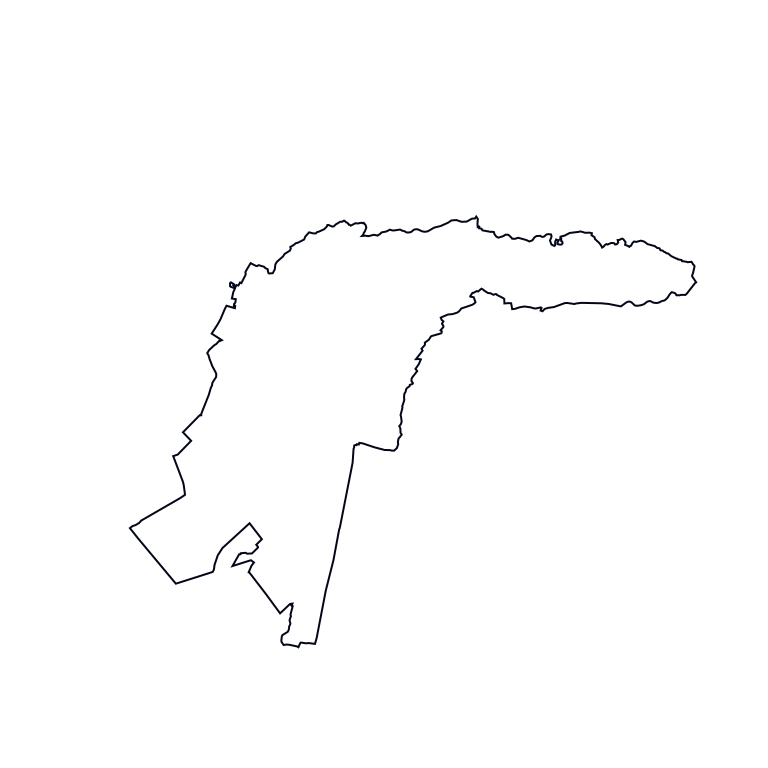 Cotesti, Vrancea, Romania, rotated 128°
{"feature_id": "2599482B92472174610530", "entity_name": "Cotesti", "entity_type": "district", "adm_level": 2, "iso_a3": "ROU", "parent_name": "Romania", "parent_adm1": "Vrancea", "projection": "natural_earth1", "projection_center": [27.048, 45.655], "detail": "fine", "context": "isolated", "style": "outline", "palette": "ink", "viewbox_px": 768, "rotation_deg": 128, "n_neighbors": 0, "source": "geoboundaries", "source_scale": "gbopen_adm2", "svg_char_len": 6150}
<svg xmlns="http://www.w3.org/2000/svg" viewBox="0 0 768 768"><g transform="rotate(128 384 384)"><path d="M657.0,483.1L669.5,425.1L637.6,403.3L635.1,403.7L630.8,406.2L621.4,409.5L612.7,410.3L576.5,404.2L581.5,384.7L589.3,385.7L589.9,383.0L590.5,382.6L598.8,383.7L602.0,387.4L602.2,389.1L605.6,392.7L606.5,392.3L607.4,393.3L620.7,391.3L605.1,380.6L604.8,380.3L604.7,376.6L609.0,376.5L615.7,374.7L615.5,373.8L622.3,347.4L628.7,324.7L615.1,322.6L613.5,321.0L615.5,320.7L615.6,320.4L615.0,319.9L615.2,319.2L623.1,315.8L624.3,314.4L628.3,313.0L630.2,310.5L631.0,310.0L633.5,309.4L636.3,307.7L638.6,307.3L644.6,309.5L646.0,309.0L649.3,307.0L650.3,306.0L651.5,302.4L649.3,300.4L647.7,297.9L644.3,290.9L644.1,289.4L639.8,290.5L638.9,290.3L636.3,285.7L634.6,284.0L631.3,278.4L625.6,280.7L582.6,302.7L553.9,315.4L526.2,329.8L524.5,330.3L465.3,360.3L453.8,368.1L452.8,368.3L450.8,369.6L449.6,368.9L449.1,368.0L448.1,368.3L447.2,366.6L445.6,367.2L443.9,364.2L439.7,352.4L435.6,342.9L432.5,338.7L431.7,336.9L430.3,335.0L426.5,334.4L422.6,335.8L421.4,337.2L418.2,338.9L413.3,338.8L412.8,339.1L412.4,340.8L408.9,343.8L407.7,346.1L405.7,345.9L402.9,346.8L399.6,350.1L398.2,351.9L392.5,354.3L391.0,355.1L390.5,355.8L384.7,357.9L383.5,358.6L382.6,359.7L379.3,361.9L376.9,362.2L374.4,363.3L373.2,363.4L369.8,362.5L368.8,363.1L366.4,361.6L365.9,361.6L365.5,361.8L364.7,364.3L363.0,365.4L361.7,365.8L353.4,365.8L352.7,368.5L346.9,368.8L341.9,370.1L342.9,371.9L344.7,374.1L334.0,374.1L333.1,376.2L328.4,375.8L327.2,376.3L326.3,377.3L321.5,375.9L317.9,376.3L316.9,376.0L309.1,370.3L308.3,370.1L306.9,370.9L306.9,372.5L302.6,372.3L301.8,372.8L300.8,375.4L298.1,375.8L298.0,378.1L296.7,380.2L289.9,376.4L286.7,373.0L282.6,370.2L280.4,369.6L276.8,369.5L267.7,363.5L265.7,362.6L263.3,362.2L260.4,366.7L262.0,369.7L261.8,370.1L257.7,370.4L256.9,369.5L253.6,368.1L253.2,366.8L248.9,365.9L248.6,364.1L248.7,362.4L248.3,358.2L246.8,355.6L246.4,352.8L244.4,351.4L244.0,350.6L244.3,349.9L242.9,342.9L242.9,341.7L246.4,338.7L243.6,335.7L242.1,333.5L246.1,329.1L244.3,327.2L240.0,324.3L236.5,321.1L233.4,315.8L232.3,312.9L231.1,310.9L227.3,307.8L227.0,306.8L229.7,305.8L229.1,303.9L225.9,303.6L222.8,301.4L218.8,297.5L208.9,291.3L207.2,289.3L203.7,283.1L202.6,282.5L198.6,278.5L186.5,262.3L182.6,256.2L177.0,245.1L170.3,243.2L168.6,242.1L167.6,240.8L167.3,239.0L167.7,234.7L166.4,232.5L163.5,229.8L161.1,228.3L157.2,227.3L155.3,226.0L154.6,224.9L154.2,222.3L153.4,220.7L152.6,219.3L150.6,217.5L147.9,216.3L145.3,214.3L144.3,214.1L141.9,213.7L136.9,214.1L134.5,213.8L133.3,210.9L133.3,209.8L134.0,208.4L133.9,207.8L132.8,206.9L132.4,205.9L130.8,204.7L128.2,201.3L126.1,201.0L113.0,201.0L111.7,200.6L109.5,207.4L108.6,208.1L106.5,208.7L100.1,211.7L99.6,212.5L99.5,213.8L98.5,216.5L98.5,217.1L101.0,219.6L101.7,221.4L103.7,224.8L103.1,225.9L104.8,229.1L104.7,230.0L105.2,230.8L106.4,236.4L106.2,240.3L107.1,242.1L107.0,243.6L107.4,244.4L107.4,246.7L108.4,248.5L107.5,250.2L107.6,250.7L108.6,252.5L108.6,255.4L111.5,262.4L111.6,266.6L112.3,268.5L113.0,269.9L116.7,272.7L117.8,274.7L119.7,275.0L123.1,274.5L123.6,275.0L124.9,275.1L125.0,276.7L125.9,279.7L123.5,281.0L122.6,284.4L122.7,285.6L123.3,286.2L125.8,287.4L126.7,288.5L128.4,286.5L130.5,286.6L131.8,287.8L131.4,288.8L131.5,289.7L133.0,291.8L136.5,293.7L136.8,294.9L138.2,295.4L140.8,295.6L142.2,296.1L141.1,298.4L140.3,301.6L139.9,307.0L138.7,308.4L139.0,312.1L137.2,313.0L138.2,315.2L141.0,318.6L142.7,323.0L144.3,324.3L150.7,330.7L155.8,333.0L159.2,335.6L160.8,334.7L160.3,333.9L162.2,332.5L162.0,331.3L163.2,329.9L164.7,330.0L165.5,330.6L166.5,332.4L166.8,333.6L165.4,334.5L163.1,334.8L163.9,336.3L164.1,337.3L166.3,336.8L169.4,334.5L170.3,334.7L171.0,337.9L168.8,341.5L164.9,342.6L163.3,344.3L163.6,345.0L164.8,346.9L166.1,348.0L169.2,348.6L170.2,349.3L170.9,350.4L171.0,352.0L173.5,354.9L175.8,355.7L179.4,355.5L182.2,357.2L182.9,360.4L186.1,368.2L189.1,370.3L190.6,372.5L190.2,373.8L189.9,377.2L190.2,378.5L191.7,380.3L194.0,381.0L198.3,384.0L198.7,386.3L197.9,389.3L196.6,390.9L197.5,392.6L198.3,393.3L202.2,400.8L202.3,401.2L201.6,402.7L202.7,404.9L201.4,405.7L201.4,406.2L202.6,406.8L200.1,409.1L196.2,411.6L195.3,414.4L197.5,414.2L199.6,416.5L205.1,418.8L208.5,422.8L210.2,427.8L213.6,431.6L217.4,432.8L224.6,436.6L230.0,440.8L236.5,443.4L237.8,444.4L239.1,445.8L240.2,447.9L241.4,452.7L241.9,453.5L243.3,455.0L244.3,455.5L247.4,456.2L248.7,457.1L250.2,458.8L250.8,459.9L250.9,461.7L252.0,464.1L252.4,466.4L256.8,470.6L257.8,471.9L258.8,474.4L262.3,476.0L266.0,479.2L268.9,479.6L270.0,480.3L271.0,480.4L272.6,483.8L277.0,487.2L278.6,490.0L280.9,492.5L278.9,492.3L277.6,492.9L275.7,493.0L271.7,494.2L270.1,496.3L269.5,499.2L270.3,499.5L270.6,500.7L271.4,501.6L273.7,503.5L274.9,505.5L279.7,507.7L279.7,509.5L280.1,509.8L279.6,511.5L279.6,512.5L279.9,513.3L279.7,515.8L280.3,516.4L281.7,516.7L283.1,518.4L288.1,520.3L290.7,520.6L291.8,521.7L292.9,525.7L293.6,526.5L294.9,526.0L298.8,526.4L304.2,529.2L305.3,530.2L307.3,530.4L308.9,532.5L310.6,536.4L316.2,536.8L319.3,535.9L325.8,538.9L327.4,540.2L330.0,540.7L333.7,542.2L334.9,540.7L337.0,540.3L342.7,542.4L345.6,542.1L353.5,543.6L356.5,543.3L361.0,540.6L365.2,539.9L367.5,542.4L367.8,543.1L366.9,544.6L365.2,546.2L365.7,549.0L365.5,550.8L367.5,555.9L369.3,556.7L369.8,557.7L370.9,563.5L379.8,562.4L381.3,562.0L382.2,560.9L383.2,560.3L392.3,558.5L392.6,559.9L396.1,559.4L396.9,561.2L399.9,560.6L400.4,562.0L398.4,562.3L398.8,563.7L397.8,563.8L398.1,567.1L398.4,567.4L399.4,567.3L401.7,565.5L401.8,565.0L400.4,560.3L404.4,559.3L410.3,556.5L408.4,553.0L411.1,551.4L413.1,551.1L413.2,551.3L413.8,551.0L414.8,550.4L414.2,549.3L416.1,548.2L419.3,556.3L423.4,555.5L433.7,552.7L439.4,551.8L450.4,550.8L449.3,538.8L451.2,539.8L451.4,540.4L455.8,540.8L458.0,541.6L464.7,542.7L468.5,542.3L469.5,539.8L471.6,537.0L475.7,530.2L478.4,524.0L479.5,522.2L481.9,520.6L488.5,520.0L491.2,518.6L493.9,518.0L500.4,515.4L520.1,509.6L521.0,508.8L521.5,508.9L522.0,510.0L545.8,512.7L547.5,501.0L566.6,503.1L570.6,505.7L585.0,482.0L587.3,479.2L593.8,472.6L599.2,474.3L641.0,491.2L644.2,491.4L648.1,492.9L650.8,494.7L654.0,495.5L657.0,483.1Z" fill="none" stroke="#020617" stroke-width="2"/></g></svg>